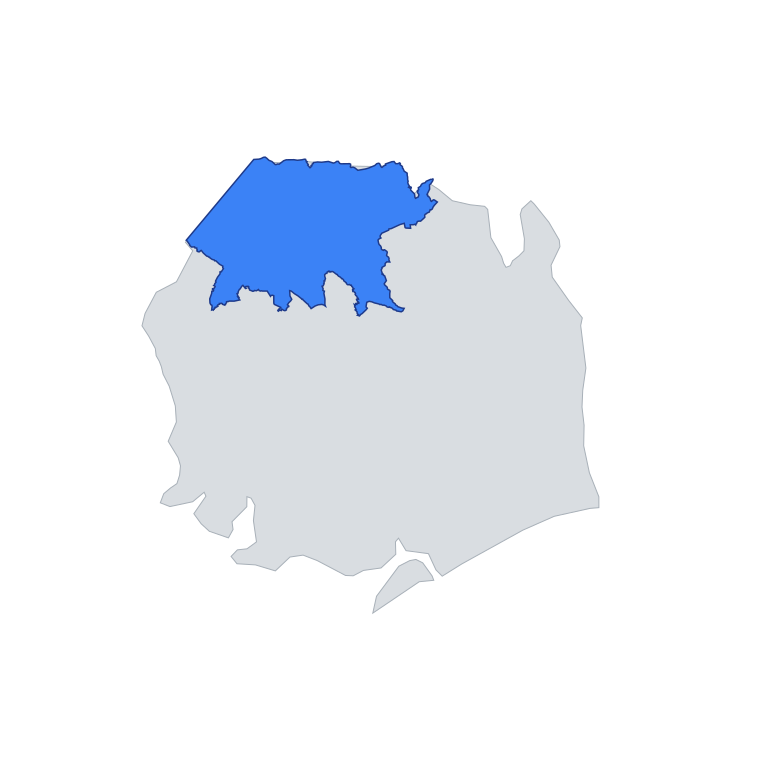 location of Koinadugu, Northern, Sierra Leone, rotated 310°
{"feature_id": "65957751B98964407864499", "entity_name": "Koinadugu", "entity_type": "district", "adm_level": 2, "iso_a3": "SLE", "parent_name": "Sierra Leone", "parent_adm1": "Northern", "projection": "albers", "projection_center": [-11.318, 9.329], "detail": "fine", "context": "in_parent", "style": "filled", "palette": "blue", "viewbox_px": 768, "rotation_deg": 310, "n_neighbors": 0, "source": "geoboundaries", "source_scale": "gbopen_adm2", "svg_char_len": 7722}
<svg xmlns="http://www.w3.org/2000/svg" viewBox="0 0 768 768"><g transform="rotate(310 384 384)"><path d="M618.8,378.7L618.4,383.6L613.9,406.3L606.9,425.7L602.3,430.5L582.4,435.6L574.0,444.2L566.7,471.8L562.1,493.4L555.2,497.1L526.0,528.4L506.9,540.3L493.6,550.5L481.0,563.8L465.0,576.7L448.0,598.4L435.7,621.1L427.4,628.1L421.1,621.7L392.0,599.4L361.3,584.3L296.0,559.2L274.2,552.1L275.0,543.3L282.6,527.1L270.5,508.0L275.2,494.2L270.5,494.2L261.1,502.5L241.2,500.0L228.0,488.1L217.3,483.7L212.6,477.6L205.8,446.3L200.9,432.0L191.0,423.2L171.0,420.9L162.8,401.8L151.8,386.9L153.6,377.7L162.7,378.3L169.7,385.0L181.1,387.8L195.4,371.8L208.1,363.2L211.1,355.6L209.6,351.4L201.8,357.8L180.8,356.1L175.5,361.9L166.1,363.7L158.9,344.9L159.4,333.8L162.4,321.7L183.6,319.7L185.5,315.8L170.8,313.1L152.5,298.8L149.2,289.0L158.4,285.8L167.1,287.3L174.6,289.4L182.8,286.0L190.5,280.7L195.2,273.8L201.4,255.5L221.4,249.4L233.1,238.2L244.3,220.8L249.5,208.5L254.1,202.4L257.0,197.2L259.2,191.3L264.2,186.0L269.4,173.0L273.0,161.2L284.5,155.6L307.9,150.6L328.9,159.3L363.1,151.9L364.9,140.8L396.2,140.6L433.2,140.5L464.0,140.3L474.6,143.3L478.5,151.5L488.6,164.5L499.2,173.5L512.4,193.2L527.7,216.1L544.3,236.7L554.9,248.0L556.1,251.9L555.4,256.3L550.2,266.9L545.7,278.3L546.2,282.6L549.3,284.7L566.6,288.2L568.2,300.9L568.3,318.5L576.7,334.8L584.8,346.9L584.4,351.2L564.8,371.8L557.2,392.2L553.4,398.0L551.8,402.5L555.8,404.7L561.1,403.3L568.7,405.0L576.0,405.6L585.5,398.2L601.4,379.4L606.8,377.1L618.8,378.7ZM267.9,544.2L265.6,548.3L255.2,538.1L201.3,522.7L216.6,514.7L254.0,512.5L265.2,517.2L270.1,521.2L271.9,528.6L267.9,544.2Z" fill="#d9dde1" stroke="#a8b0b8" stroke-width="1"/><path d="M571.1,290.7L572.4,290.0L572.5,289.6L571.7,289.4L570.8,288.2L566.4,286.0L564.8,286.2L562.1,284.5L560.1,284.5L559.0,284.9L556.4,284.1L555.1,285.7L553.7,285.3L553.4,286.1L552.6,285.9L551.8,287.8L551.8,288.5L551.2,289.2L549.3,290.0L546.5,288.8L546.9,287.7L549.2,285.2L549.7,279.8L550.9,278.7L551.7,278.9L552.2,278.4L552.1,277.9L550.7,277.8L550.5,276.3L551.9,276.4L552.7,274.0L553.8,272.5L554.8,272.2L555.8,270.7L557.8,269.0L558.7,267.7L560.4,266.2L560.0,262.7L561.2,260.3L561.2,259.5L562.2,258.6L562.5,257.5L562.3,255.4L562.7,255.0L563.3,254.9L563.5,253.9L561.6,252.9L560.3,251.3L560.9,248.7L559.3,247.1L553.5,243.7L552.6,244.6L551.8,243.9L548.6,243.2L548.5,242.1L550.0,238.9L549.5,237.8L548.0,236.8L545.5,236.5L539.7,233.5L536.7,231.5L530.9,226.6L530.8,222.6L530.2,220.9L528.6,219.5L528.7,218.6L529.8,218.1L530.9,217.1L530.7,216.1L525.1,209.6L524.5,208.2L525.2,205.9L524.2,204.7L522.0,204.1L520.7,203.2L518.7,198.3L513.8,193.7L511.4,190.4L508.3,187.6L507.4,188.1L506.5,187.6L505.4,188.2L504.8,187.9L504.5,188.3L504.2,187.9L503.3,188.5L502.1,188.3L502.6,184.9L503.4,184.9L504.2,181.9L504.9,182.0L504.8,181.0L505.7,179.5L505.1,178.6L502.9,176.9L499.7,173.8L497.9,170.8L492.9,165.0L490.5,163.6L485.0,162.4L484.2,161.1L482.6,160.2L482.2,159.6L482.4,155.2L481.4,152.0L481.6,148.9L481.4,147.1L480.1,145.9L477.9,145.0L475.9,143.7L472.3,139.9L367.0,140.1L367.1,140.8L365.8,145.6L365.3,146.2L365.2,148.5L367.3,150.8L366.7,151.8L367.8,153.1L367.0,153.9L366.8,154.7L365.7,155.1L365.7,156.1L366.3,157.4L367.2,157.8L368.2,157.7L368.9,158.2L368.2,161.3L368.0,165.9L368.6,167.1L368.5,168.0L369.0,168.9L368.7,169.8L369.0,172.3L369.9,174.3L369.5,175.0L370.3,175.9L370.0,180.9L370.7,184.8L369.4,185.7L369.2,186.8L365.7,187.2L365.4,186.8L364.7,187.0L364.4,186.4L362.9,187.6L358.9,187.8L354.5,188.8L354.1,189.8L352.0,189.9L351.1,190.4L350.0,190.3L350.3,191.4L350.0,192.1L347.8,192.3L346.8,191.4L346.3,191.8L347.0,192.0L346.9,192.5L346.1,193.3L345.5,193.5L344.2,192.6L342.7,193.7L337.2,195.8L334.2,198.6L333.4,200.3L333.7,201.4L333.0,202.4L329.9,204.4L330.6,204.8L330.8,205.7L331.3,205.5L332.1,205.9L333.0,205.3L333.9,205.9L334.3,205.4L335.3,206.3L336.8,206.7L336.8,206.0L337.6,205.8L339.5,206.8L339.9,206.7L340.0,206.3L341.5,207.8L341.6,208.6L341.2,209.0L342.0,211.2L342.4,210.9L343.0,211.5L344.0,211.1L345.1,211.1L345.8,210.5L346.4,210.9L347.3,211.9L348.1,212.2L351.1,215.9L355.7,219.5L356.3,217.6L357.0,217.5L357.2,216.6L356.6,216.6L357.0,215.3L357.8,215.1L358.8,213.3L359.8,213.8L361.2,212.9L363.5,212.4L364.4,212.7L367.3,212.2L368.9,212.5L368.1,216.5L368.6,216.9L369.3,215.4L370.1,215.6L371.6,217.3L371.5,217.9L370.8,217.9L370.3,218.3L370.6,219.2L369.6,220.6L370.7,223.9L371.6,224.6L372.3,224.6L373.5,226.4L375.7,227.1L375.3,228.3L375.7,229.5L376.6,230.2L377.1,231.2L380.1,234.8L378.2,240.7L379.3,240.6L380.4,241.6L380.8,242.8L375.1,247.6L374.5,248.8L376.3,255.6L374.2,255.7L373.7,255.2L372.7,255.3L371.9,255.5L371.9,256.3L373.6,256.6L374.2,258.1L375.7,257.6L375.9,259.6L376.3,260.7L377.1,261.4L378.1,261.6L378.8,260.9L381.3,260.8L381.9,261.3L382.5,261.1L382.6,259.1L384.9,258.8L387.6,259.1L389.6,258.9L391.0,255.4L394.9,251.7L395.5,253.0L395.6,254.1L395.6,257.2L396.2,261.4L396.3,265.7L396.1,266.6L396.7,267.1L396.4,267.6L396.2,271.1L396.1,273.8L396.4,274.3L395.5,276.4L395.6,277.2L394.9,279.7L399.5,281.1L402.4,282.7L405.0,285.2L405.8,287.0L406.0,289.1L406.9,287.6L411.2,284.1L414.9,279.6L416.8,278.7L416.4,277.1L417.9,276.1L419.1,273.7L420.1,274.3L422.2,273.7L422.2,273.3L423.0,273.1L424.5,271.8L425.0,272.4L425.7,271.8L427.0,271.5L428.4,269.4L429.6,268.3L431.4,268.4L432.0,269.1L433.3,268.5L433.8,268.9L434.4,268.9L434.9,270.3L435.3,269.8L435.6,270.7L436.2,271.6L436.8,271.8L437.3,273.0L437.5,277.2L437.9,277.9L437.5,278.5L437.4,279.9L437.8,282.0L437.5,284.1L437.9,284.3L437.8,286.0L437.2,286.8L437.3,290.0L436.8,290.6L436.6,292.1L437.2,293.0L438.1,293.7L438.0,294.8L438.7,295.5L438.0,296.6L438.0,297.8L437.5,298.3L437.6,299.8L436.5,299.7L436.1,299.3L435.3,300.1L435.7,300.1L435.2,302.6L435.5,303.0L434.9,304.1L434.1,304.3L433.7,305.6L433.8,306.6L432.7,308.6L433.1,309.1L432.5,310.0L431.8,309.4L431.6,308.7L431.2,308.5L430.9,308.8L430.2,310.8L430.4,311.2L430.0,312.7L429.7,312.8L429.5,312.3L428.8,312.1L428.7,311.5L427.5,312.0L427.0,311.1L427.5,310.6L427.4,310.0L427.3,310.5L425.9,311.4L425.6,311.4L425.6,310.6L425.0,311.6L424.2,311.9L424.1,313.0L423.2,314.4L422.4,314.3L422.7,315.0L422.2,315.0L422.0,316.9L420.7,318.3L420.7,319.7L419.6,319.5L420.4,321.5L422.2,321.4L424.0,322.0L429.6,322.6L431.3,322.5L431.4,321.0L431.9,320.4L435.1,318.5L435.6,318.3L437.8,319.5L439.2,322.0L439.9,324.4L442.0,328.6L442.2,329.9L443.1,330.5L443.4,332.1L444.6,333.6L445.2,335.7L445.0,336.8L445.6,338.1L446.4,338.4L446.3,338.8L446.7,339.2L446.6,339.7L447.2,340.7L447.3,342.4L447.0,343.2L448.3,345.8L448.0,346.6L450.4,350.8L452.1,351.4L454.9,350.8L453.6,348.8L452.1,344.8L452.4,343.5L452.0,342.3L452.6,341.1L452.5,338.5L452.7,337.4L453.5,337.0L453.8,333.0L456.8,330.4L459.0,329.0L459.4,328.1L458.9,325.8L460.2,324.2L460.4,320.6L461.0,319.7L464.7,319.4L467.3,315.0L466.9,313.9L467.4,313.4L467.7,312.0L467.1,312.6L466.8,312.0L467.9,311.1L469.6,308.5L471.3,308.2L472.0,307.5L475.4,308.7L477.1,307.4L479.3,307.6L481.2,310.0L482.2,308.0L483.4,307.2L484.1,305.9L483.9,304.5L484.2,303.3L486.9,301.9L487.4,301.1L487.2,298.2L486.6,297.6L486.0,297.6L485.6,296.2L485.7,295.2L486.9,294.1L487.6,292.5L487.7,290.6L488.6,289.1L490.4,286.9L491.8,286.9L493.9,287.8L494.2,286.5L495.3,285.7L498.1,285.4L504.9,288.7L506.0,288.1L507.6,289.6L516.5,293.8L520.1,296.2L517.4,299.6L517.6,300.6L520.4,304.3L522.8,301.7L525.0,304.2L526.2,305.0L526.2,305.9L526.7,305.5L527.5,305.9L529.9,305.1L531.3,306.1L532.3,307.4L536.9,308.0L538.0,308.1L539.5,306.6L540.8,306.5L541.7,307.1L542.8,307.1L544.9,308.2L547.2,307.3L547.6,308.1L549.1,308.5L550.9,307.9L553.1,307.7L557.7,307.9L557.4,304.4L556.8,303.4L554.4,303.0L554.4,302.0L555.6,300.4L556.3,298.4L556.0,297.2L556.3,296.2L556.8,296.2L556.9,295.1L562.6,293.7L565.7,290.9L567.8,291.1L571.1,290.7Z" fill="#3b82f6" stroke="#1e3a8a" stroke-width="1.5"/></g></svg>